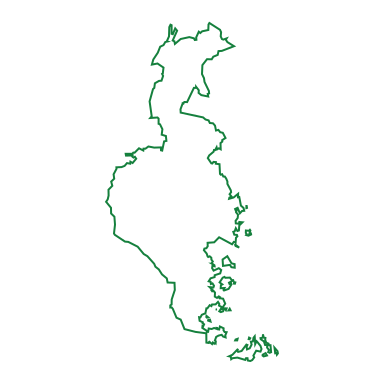 the district of Pesawaran, Lampung, Indonesia
{"feature_id": "22746128B94381737455512", "entity_name": "Pesawaran", "entity_type": "district", "adm_level": 2, "iso_a3": "IDN", "parent_name": "Indonesia", "parent_adm1": "Lampung", "projection": "natural_earth1", "projection_center": [105.16, -5.482], "detail": "fine", "context": "isolated", "style": "outline", "palette": "green", "viewbox_px": 384, "rotation_deg": 0, "n_neighbors": 0, "source": "geoboundaries", "source_scale": "gbopen_adm2", "svg_char_len": 6075}
<svg xmlns="http://www.w3.org/2000/svg" viewBox="0 0 384 384"><path d="M225.5,138.0L222.8,132.8L220.2,132.2L218.4,129.9L216.0,130.5L215.0,125.6L213.0,123.3L209.8,123.0L208.6,120.4L205.5,119.5L203.1,117.4L180.7,112.6L180.5,109.3L182.3,104.4L183.3,103.7L182.8,103.1L184.5,102.0L187.1,102.1L193.9,87.9L196.1,87.9L196.1,86.8L198.8,90.3L198.6,92.9L201.3,95.1L208.2,96.5L207.7,93.9L209.1,93.4L208.9,91.0L204.5,81.9L204.0,78.2L202.0,74.1L202.4,65.1L207.0,59.2L211.7,59.3L213.3,56.7L217.7,54.9L218.5,51.1L221.8,50.9L234.0,46.2L227.4,42.1L225.8,39.7L226.6,38.4L223.3,39.6L221.9,39.0L220.7,36.3L221.1,32.2L220.0,29.8L209.4,23.0L208.5,24.5L208.3,30.0L202.2,31.3L200.3,33.0L198.8,31.7L196.2,37.4L196.4,39.8L194.8,40.0L193.9,38.3L189.3,37.1L180.7,39.0L174.9,43.9L174.4,41.3L172.7,40.5L177.1,30.7L175.2,28.4L172.8,34.2L171.6,33.8L171.6,25.2L170.5,24.7L169.3,27.1L169.0,36.4L166.8,41.3L167.4,41.5L165.3,42.0L163.5,45.1L160.2,46.7L157.8,52.7L153.3,59.5L151.9,64.6L157.5,63.5L163.5,67.6L162.8,73.4L162.1,73.9L163.1,75.9L161.5,80.7L159.0,80.9L154.9,83.3L154.3,87.9L153.0,89.1L149.6,101.4L151.7,116.3L150.3,118.0L157.5,117.5L158.6,118.6L158.6,123.8L160.0,124.3L162.4,129.2L161.7,134.7L165.9,136.0L166.4,140.9L164.1,141.4L162.2,150.6L161.0,150.3L160.9,147.4L154.2,147.6L148.4,146.5L145.4,148.7L143.5,148.7L143.3,150.5L139.0,148.3L134.6,152.7L133.3,152.6L132.3,153.8L125.7,153.8L126.0,155.6L132.6,155.5L132.3,156.6L133.4,157.6L132.8,157.9L134.9,156.8L136.2,158.7L132.6,163.0L130.4,161.7L130.2,163.7L127.0,163.1L124.6,165.9L121.5,167.1L116.4,167.3L116.5,168.8L113.6,174.3L114.2,178.7L111.2,181.6L112.3,185.8L108.5,189.7L108.6,195.6L107.7,199.4L106.1,201.8L111.0,207.8L111.1,213.5L114.4,216.7L115.0,224.6L114.0,233.5L114.8,234.8L125.0,241.6L128.3,241.9L137.7,246.7L143.7,254.0L147.4,256.2L154.2,263.8L155.4,266.7L158.8,269.4L162.0,274.4L166.8,278.4L167.6,282.5L174.5,282.8L174.8,290.0L171.7,299.5L171.6,304.5L170.3,305.4L170.3,307.5L171.6,307.4L172.8,308.8L176.5,317.7L180.7,319.6L184.5,329.1L195.5,331.9L206.3,333.3L206.4,342.6L208.9,343.0L209.5,342.5L208.7,341.2L212.1,344.1L212.9,342.5L214.2,343.7L215.0,342.9L215.6,343.4L215.8,341.3L214.9,340.5L216.2,336.9L218.5,335.6L221.7,334.8L223.0,336.5L225.6,337.4L225.3,335.3L226.6,332.2L224.6,332.0L223.5,330.3L223.6,328.3L219.9,326.5L219.2,329.5L217.7,329.3L217.3,328.0L216.6,327.9L216.7,328.9L214.1,328.0L211.7,329.0L208.7,328.5L208.1,331.9L206.9,331.9L206.6,330.7L202.3,327.9L202.5,326.1L203.1,326.5L204.1,324.3L202.6,323.2L202.8,322.3L199.6,320.8L199.1,317.2L200.4,317.4L201.8,314.8L205.4,313.3L206.4,308.3L207.4,308.3L209.7,305.2L211.4,306.1L212.0,304.5L215.6,304.4L218.0,301.9L219.3,303.9L219.0,305.6L221.7,307.0L221.0,308.8L221.7,308.8L225.2,303.7L223.1,298.7L219.8,298.2L219.1,298.9L220.0,297.2L218.8,296.4L217.0,297.9L214.8,296.6L215.0,292.6L213.4,290.8L212.2,291.3L211.7,290.6L213.1,290.5L209.6,287.1L213.4,287.5L214.0,285.8L212.5,283.4L210.9,284.0L210.6,281.8L208.7,281.3L210.6,278.3L214.6,277.1L214.7,275.2L220.2,273.4L221.2,270.0L218.8,268.2L212.8,271.0L213.5,270.4L212.1,268.1L212.4,266.0L214.6,266.3L214.4,265.2L211.9,263.7L212.5,263.7L211.8,262.9L212.8,261.5L211.4,259.6L211.3,257.7L209.7,256.3L208.2,257.0L207.6,256.4L206.7,253.6L203.9,250.2L204.4,248.6L206.4,248.2L207.7,246.3L207.6,242.8L214.2,242.3L219.1,237.3L232.1,244.3L233.8,241.9L235.6,242.6L236.0,237.7L237.4,236.3L236.9,234.9L234.3,234.7L233.3,231.8L234.7,231.3L235.8,228.2L237.4,231.0L238.9,230.5L239.3,225.4L242.5,222.3L239.3,222.0L238.9,223.7L235.8,223.4L235.6,220.8L237.7,218.0L238.0,214.7L236.1,212.3L237.0,208.9L235.7,210.5L235.1,209.0L237.6,207.8L239.9,213.3L242.0,211.0L244.2,210.8L243.5,207.9L240.9,205.6L239.1,196.1L238.8,197.3L238.0,197.3L238.1,193.8L233.6,197.5L229.1,198.8L229.4,197.6L231.5,196.5L229.6,194.2L231.1,192.2L230.8,190.3L227.4,183.9L227.4,181.5L226.2,178.6L224.8,176.5L223.3,176.5L222.1,174.2L220.7,174.7L220.0,173.9L219.5,164.2L215.8,163.7L215.9,162.1L213.5,161.9L212.3,163.5L211.3,163.3L207.8,158.1L209.2,155.4L213.6,151.7L214.0,150.0L215.1,150.1L216.6,147.3L217.1,149.4L218.9,148.3L220.7,149.3L220.5,143.1L222.3,141.6L222.2,140.1L225.5,138.0ZM255.2,344.1L254.7,336.3L253.5,337.8L252.9,341.4L250.9,341.7L251.6,344.6L249.7,348.3L247.0,349.4L246.6,346.9L247.4,345.0L246.4,344.6L241.6,351.0L238.1,351.9L237.3,350.9L238.0,348.9L232.4,354.8L229.1,356.3L230.8,356.7L231.2,359.2L232.5,358.2L237.4,357.6L245.2,359.9L246.0,358.2L247.5,358.2L247.8,360.5L250.3,361.0L252.2,360.1L254.2,357.4L253.4,355.6L256.2,350.7L260.5,351.6L261.5,349.0L260.5,345.9L257.2,341.8L256.6,341.2L255.2,344.1ZM225.3,277.8L224.5,276.9L222.7,277.7L219.6,282.4L222.3,284.4L220.9,285.2L220.7,288.2L224.5,288.0L223.5,289.9L224.0,290.5L228.6,288.9L231.5,284.3L231.1,283.3L229.5,283.9L229.0,282.7L234.0,280.1L231.8,280.2L229.9,277.6L225.3,277.8ZM227.3,256.2L222.6,259.5L223.0,265.9L229.9,264.9L231.4,267.2L234.7,267.7L234.6,264.1L231.6,263.4L227.3,256.2ZM263.7,337.6L263.0,334.3L262.7,337.7L260.5,338.1L260.7,339.2L263.9,341.4L265.1,345.0L267.2,344.9L267.1,347.6L269.0,350.0L268.2,352.1L269.7,352.8L271.1,352.2L270.5,345.2L269.1,345.3L268.5,343.6L266.3,342.7L265.2,340.0L265.4,337.9L263.7,337.6ZM250.4,230.5L249.9,229.8L248.9,230.8L245.9,230.5L245.8,232.9L246.7,234.1L246.1,235.0L248.4,235.7L251.1,234.5L250.9,233.4L249.4,233.5L250.4,230.5ZM277.9,353.4L277.5,351.2L274.5,347.7L275.2,353.2L276.5,352.8L276.9,354.7L277.9,353.4ZM224.0,308.8L220.6,309.3L219.3,311.3L220.8,312.1L223.1,311.3L224.0,308.8ZM265.6,353.1L262.7,354.7L262.6,355.6L263.7,356.4L267.0,355.5L265.6,353.1ZM210.0,319.6L208.3,319.8L208.1,320.6L210.5,321.5L210.0,319.6ZM239.2,247.6L234.8,244.2L235.6,246.0L239.2,247.6ZM237.6,338.8L235.6,339.5L235.2,340.4L237.2,340.4L237.6,338.8ZM230.5,310.3L229.7,308.7L228.6,310.4L230.5,310.3ZM226.6,308.4L224.4,308.3L225.9,310.2L226.6,308.4ZM206.5,315.9L206.3,317.0L206.8,317.6L208.2,317.3L206.5,315.9ZM247.0,207.9L246.7,206.0L246.4,206.0L246.4,208.1L247.0,207.9ZM234.1,282.1L234.0,283.6L234.9,283.7L235.3,282.4L234.1,282.1ZM249.1,337.6L248.7,339.1L249.6,339.2L250.2,338.2L249.1,337.6ZM216.3,309.5L216.8,309.3L215.8,309.3L216.3,309.5Z" fill="none" stroke="#15803d" stroke-width="2"/></svg>